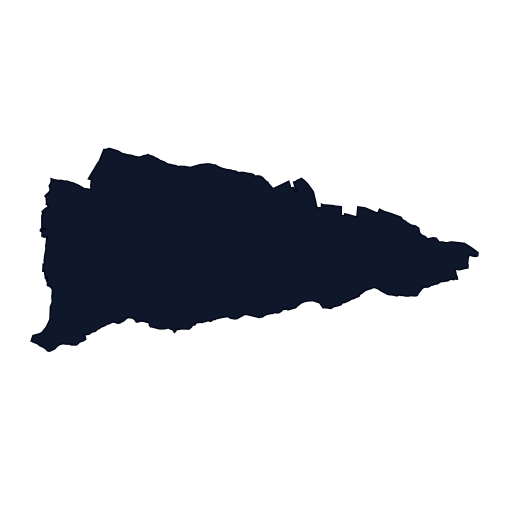 Balilesti, Arges, Romania, rotated 272°
{"feature_id": "2599482B12709489065851", "entity_name": "Balilesti", "entity_type": "district", "adm_level": 2, "iso_a3": "ROU", "parent_name": "Romania", "parent_adm1": "Arges", "projection": "mercator", "projection_center": [24.936, 45.06], "detail": "fine", "context": "isolated", "style": "filled", "palette": "ink", "viewbox_px": 512, "rotation_deg": 272, "n_neighbors": 0, "source": "geoboundaries", "source_scale": "gbopen_adm2", "svg_char_len": 6007}
<svg xmlns="http://www.w3.org/2000/svg" viewBox="0 0 512 512"><g transform="rotate(272 256 256)"><path d="M267.1,477.8L271.5,471.4L275.9,463.8L276.9,450.6L275.8,446.7L276.1,443.3L276.6,441.8L276.4,440.7L276.3,438.5L280.1,435.4L280.4,432.4L279.0,426.7L281.3,424.5L282.4,421.2L284.9,418.6L289.4,417.7L289.9,417.1L290.1,416.3L290.9,415.5L291.5,414.5L292.3,409.8L294.9,405.2L295.6,404.7L297.4,401.1L299.8,399.6L303.3,388.8L305.0,382.2L307.1,377.9L305.6,377.2L303.6,376.7L303.5,374.5L307.9,363.3L308.2,360.0L308.7,356.1L298.5,355.4L299.6,350.4L300.6,346.8L301.2,343.1L299.2,343.3L299.6,339.7L308.1,339.6L308.3,338.9L308.5,334.4L309.2,329.6L309.1,329.3L309.4,324.4L309.3,322.2L309.5,321.1L310.1,319.7L306.4,319.8L306.4,315.3L311.1,313.9L312.3,313.9L313.1,313.5L321.6,311.2L322.8,310.6L330.3,304.7L333.7,300.9L333.9,300.3L335.2,298.8L332.6,293.9L332.3,293.5L331.7,293.4L331.2,291.0L321.8,294.1L322.0,292.4L325.7,291.0L324.9,288.6L331.9,286.1L330.3,283.3L323.8,270.7L328.3,266.3L329.2,265.6L330.1,265.4L330.8,263.8L332.9,261.5L334.4,260.2L335.9,257.4L336.1,254.8L335.7,252.2L337.1,250.9L338.2,247.9L338.2,245.2L338.7,242.6L339.1,239.8L338.8,236.2L339.0,234.5L339.9,233.2L340.1,232.6L340.3,231.1L340.1,230.2L341.0,227.9L341.0,226.9L341.3,225.4L341.1,224.2L341.6,223.0L342.0,220.6L342.7,218.2L343.6,215.8L344.2,214.7L344.6,213.4L345.5,212.5L345.4,210.9L346.4,206.4L346.3,203.9L345.3,196.9L342.2,187.3L342.6,183.5L343.0,181.3L342.9,179.9L343.0,178.3L342.6,174.4L343.5,173.0L343.9,169.4L344.3,168.6L344.4,167.3L344.6,166.3L344.6,165.1L344.8,164.9L345.3,163.4L347.0,160.8L347.0,160.1L347.8,158.1L348.0,157.0L348.3,156.3L349.1,155.4L349.8,154.3L350.3,152.4L351.8,149.8L353.1,145.4L353.6,144.4L352.6,142.4L352.5,140.7L351.2,137.8L350.7,135.3L351.3,131.3L352.3,127.9L352.5,124.9L353.8,118.5L355.7,115.2L356.2,113.9L358.4,105.9L358.2,104.7L357.1,102.2L357.2,100.3L343.6,95.4L343.8,94.9L327.3,85.8L327.0,86.8L326.9,88.9L320.5,88.4L317.5,88.9L316.7,87.2L317.1,85.1L317.2,83.6L316.9,82.8L320.5,76.1L322.6,70.7L323.1,68.1L324.2,64.6L324.1,62.0L324.5,60.0L324.8,57.9L324.5,55.5L325.0,53.1L325.0,51.4L325.5,50.6L326.1,48.5L323.3,48.8L320.8,48.0L319.0,46.9L315.4,48.0L314.5,47.9L313.5,47.5L312.2,46.6L308.8,43.1L308.4,43.1L306.9,44.4L305.2,44.4L303.7,44.7L301.8,44.7L301.0,44.9L300.4,44.6L300.2,45.1L300.3,45.4L300.1,45.8L299.4,46.0L298.3,47.0L296.5,44.9L296.4,44.5L295.8,43.6L292.9,40.7L292.4,40.9L292.6,41.8L288.9,40.6L277.2,41.0L276.4,42.3L275.6,44.9L275.4,44.4L275.6,43.3L276.0,42.3L275.8,41.2L275.9,40.5L275.4,40.3L274.9,39.7L273.5,39.6L273.3,39.9L273.7,41.4L273.7,41.8L272.8,41.1L272.5,41.1L272.4,41.6L268.4,41.3L268.3,42.0L267.4,43.3L267.7,45.0L268.0,45.5L267.9,46.7L267.7,47.3L267.3,47.5L267.3,47.0L266.5,46.9L266.5,46.2L260.3,45.9L259.5,45.5L256.1,45.9L247.8,44.7L244.1,44.9L244.3,44.5L240.5,44.9L240.4,43.5L237.1,43.6L233.4,43.4L233.3,45.4L231.4,45.4L228.9,46.0L226.3,46.3L226.3,46.8L227.4,46.9L227.4,48.2L225.1,47.3L221.0,48.9L220.2,48.7L219.9,48.3L219.6,48.5L219.5,49.4L218.8,49.4L218.7,51.3L217.5,51.8L217.0,52.7L215.0,53.9L213.8,53.7L210.1,53.7L209.2,53.4L202.8,54.0L198.0,52.3L185.5,52.3L177.9,49.1L172.1,44.8L170.7,42.4L168.7,35.9L163.2,34.2L161.5,38.3L160.9,40.3L160.4,41.2L159.3,42.4L156.4,48.6L154.0,50.9L153.6,52.2L154.0,53.9L156.1,58.0L159.1,60.6L160.8,63.2L161.7,66.4L161.3,69.4L161.5,71.4L161.3,72.8L160.6,75.1L160.9,76.9L160.7,78.0L160.9,79.8L162.4,81.4L163.9,82.6L164.5,84.5L165.5,86.9L167.0,88.8L168.2,88.3L169.4,88.1L170.8,87.2L171.5,88.6L171.8,90.9L172.2,92.0L174.4,95.0L174.6,95.5L174.9,97.4L175.2,98.0L176.1,99.1L177.5,100.1L177.9,101.7L179.4,103.4L181.3,107.7L182.2,108.8L182.8,110.0L183.1,111.3L185.0,114.9L185.0,116.7L183.9,120.6L184.5,122.6L184.9,122.6L185.9,125.0L187.0,126.6L188.7,128.2L189.9,130.0L190.0,132.2L189.5,135.2L188.4,136.8L185.9,138.6L185.8,139.1L186.1,140.8L186.3,140.9L187.0,143.1L186.8,145.4L186.9,146.4L186.2,148.1L185.7,151.4L184.2,151.9L183.3,151.8L181.6,153.0L181.5,154.6L179.8,162.2L180.0,166.1L180.4,168.6L181.0,170.5L181.0,171.5L180.1,172.9L179.7,174.5L178.9,175.9L177.0,177.0L176.8,177.2L178.5,178.6L179.7,178.7L179.8,180.3L180.5,183.5L180.7,188.7L180.6,190.8L180.7,191.7L182.6,193.8L184.9,195.3L184.9,197.2L186.6,198.2L187.5,199.4L187.4,200.3L187.9,202.3L187.6,204.0L189.4,209.5L189.7,210.1L189.7,211.1L189.2,212.0L189.1,213.0L189.6,213.8L190.8,214.9L190.7,215.6L191.4,217.0L191.2,217.7L191.8,218.1L193.2,223.1L194.0,227.0L194.5,230.1L192.9,232.9L192.4,237.4L192.8,239.3L197.1,246.4L197.3,248.7L194.6,261.7L196.0,264.8L195.6,264.8L197.1,266.8L198.2,269.5L199.1,273.1L199.2,275.0L200.2,276.5L199.9,279.2L200.1,280.9L200.9,281.8L201.1,282.5L202.3,283.8L203.9,285.0L203.6,286.7L204.3,289.0L204.6,289.4L203.3,289.8L205.7,297.3L206.9,298.6L207.3,298.8L208.1,299.5L208.9,300.9L210.3,302.1L212.0,305.8L212.7,308.0L213.4,313.9L212.9,316.2L211.6,320.7L211.1,321.5L206.6,324.8L206.8,327.7L206.2,332.6L208.3,335.9L208.9,338.8L210.2,342.7L212.1,343.8L212.3,344.1L212.5,345.8L213.0,347.2L214.8,350.7L216.3,353.0L217.1,355.6L217.5,356.3L218.2,357.2L218.4,358.2L219.4,360.4L221.0,361.0L222.2,362.2L222.6,363.4L223.1,363.7L225.4,366.4L226.6,369.3L227.3,371.7L228.6,374.3L228.5,376.4L227.9,378.1L227.1,380.1L226.2,381.0L223.9,385.5L223.4,386.9L222.4,388.7L222.0,390.9L222.0,392.8L221.6,395.8L221.1,397.5L221.3,399.0L221.9,399.7L222.0,401.0L221.6,402.6L221.8,404.0L221.6,405.2L221.4,405.8L221.2,407.7L221.4,410.6L221.7,411.4L221.9,413.3L221.7,414.3L221.7,416.3L221.9,417.7L222.2,418.3L222.7,418.8L224.3,419.3L226.0,420.8L229.3,423.1L230.2,424.3L231.0,426.5L230.8,428.0L231.2,429.6L232.8,432.1L233.3,434.0L233.9,435.1L234.5,438.2L236.6,441.2L236.9,442.0L237.1,444.4L237.6,446.0L237.6,447.0L237.9,448.0L237.8,448.6L238.7,449.5L239.4,451.0L239.4,451.6L239.6,452.2L239.6,453.1L239.2,454.3L240.2,456.2L239.8,457.8L239.9,458.2L242.8,457.5L243.6,456.9L249.0,455.6L250.0,457.1L249.4,458.4L249.4,459.4L249.5,460.4L250.7,464.4L251.5,468.2L254.4,468.2L255.9,467.7L261.6,468.1L264.7,469.2L263.6,472.0L263.2,475.3L263.8,477.5L267.1,477.8Z" fill="#0f172a" stroke="#020617" stroke-width="1.5"/></g></svg>